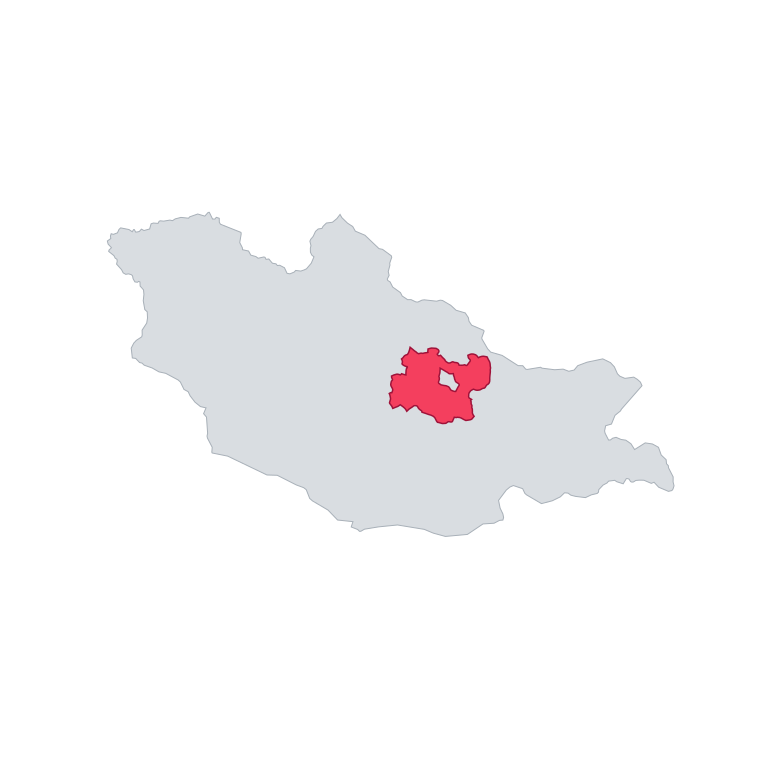 Töv highlighted on a map of Mongolia, rotated 18°
{"feature_id": "MNG-3329", "entity_name": "Töv", "entity_type": "Province", "adm_level": 1, "iso_a3": "MNG", "parent_name": "Mongolia", "parent_adm1": "", "projection": "mercator", "projection_center": [106.662, 47.753], "detail": "fine", "context": "in_parent", "style": "filled", "palette": "rose", "viewbox_px": 768, "rotation_deg": 18, "n_neighbors": 0, "source": "natural_earth", "source_scale": "10m", "svg_char_len": 8682}
<svg xmlns="http://www.w3.org/2000/svg" viewBox="0 0 768 768"><g transform="rotate(18 384 384)"><path d="M78.1,325.4L80.4,325.3L83.8,322.6L84.2,318.9L85.3,316.9L93.7,315.9L97.5,317.0L98.1,314.6L98.8,314.3L100.9,316.3L102.8,315.4L104.2,314.5L105.4,311.7L108.3,312.2L113.2,309.0L113.0,303.6L114.9,302.2L119.4,301.1L119.9,298.6L120.9,297.9L124.1,297.2L129.7,294.3L132.4,294.0L134.4,291.5L139.4,288.3L146.9,286.7L147.5,285.1L154.3,279.9L161.7,279.7L163.7,275.2L164.8,274.7L170.0,280.1L172.2,279.4L173.0,277.3L176.1,277.3L177.4,281.1L179.1,282.6L201.1,284.0L201.8,285.4L203.1,294.1L207.1,298.1L208.0,300.0L214.1,299.4L217.5,302.6L222.8,302.4L225.4,303.3L230.5,300.3L231.7,300.3L233.3,301.9L235.8,300.7L240.5,303.6L244.2,303.1L246.0,304.3L248.1,303.3L253.4,304.2L257.6,308.7L260.5,308.3L264.0,305.3L264.9,303.3L270.0,302.3L272.8,300.2L274.7,298.4L277.5,291.6L278.1,284.7L275.5,283.7L273.3,281.4L272.0,277.6L271.8,275.0L269.4,271.1L269.6,269.0L271.0,265.6L271.7,260.0L273.5,256.9L276.9,255.2L277.3,252.9L279.5,248.7L285.0,246.1L288.1,241.2L289.8,236.3L292.5,238.8L299.6,242.3L305.6,243.9L309.5,247.5L319.9,248.4L337.4,256.8L341.0,256.4L351.3,259.8L352.2,261.1L352.1,267.3L352.9,269.1L353.3,275.8L355.3,279.1L354.7,283.2L355.6,284.4L358.2,285.0L362.3,289.1L371.4,292.0L374.1,294.7L380.4,296.5L383.7,295.4L388.9,296.1L390.9,295.6L394.2,292.5L396.3,291.5L408.4,289.0L411.6,286.9L413.9,286.5L423.3,288.6L429.8,291.6L439.3,291.3L443.7,294.8L445.5,298.1L449.2,301.0L462.3,302.2L462.9,302.9L462.7,309.8L463.2,310.9L471.7,318.5L475.6,320.7L487.5,320.3L505.9,325.1L510.3,323.7L514.2,326.1L515.7,325.9L527.7,319.7L529.4,320.1L541.9,317.7L549.8,314.5L555.8,314.8L560.5,312.0L562.6,306.7L570.4,300.5L584.3,292.5L592.8,293.7L597.8,296.5L602.9,302.2L605.9,303.7L611.4,304.2L619.4,300.3L623.5,301.3L627.3,303.0L629.9,305.9L617.5,334.8L617.3,336.4L613.4,342.4L612.7,351.8L607.7,355.2L608.3,360.5L609.5,362.5L614.9,367.9L616.7,367.2L618.2,364.9L621.2,363.0L626.6,363.5L631.3,362.7L637.3,364.5L642.6,368.9L650.6,359.3L657.8,358.1L664.6,359.4L669.6,365.9L675.7,368.8L677.3,372.5L679.7,373.9L680.4,375.7L687.7,383.0L689.2,387.8L691.3,391.2L691.3,394.7L690.7,396.4L687.7,398.2L677.2,397.3L671.2,394.0L668.9,395.9L660.9,395.2L656.4,396.6L653.3,397.9L651.5,400.1L650.1,400.7L648.7,400.6L646.4,398.7L644.3,398.8L643.7,399.2L642.3,405.0L635.5,405.0L633.2,404.3L627.6,407.0L626.7,409.2L623.6,412.4L620.9,418.1L621.4,420.6L620.6,422.2L615.5,425.3L610.7,429.8L600.8,431.7L596.1,432.0L592.7,430.9L589.3,431.7L586.6,436.8L580.1,443.1L570.7,449.1L553.9,445.4L551.8,444.5L548.2,440.7L538.4,440.6L535.6,443.1L533.1,447.0L528.9,459.3L532.8,466.2L537.2,470.8L539.0,474.0L539.1,476.7L536.0,478.0L531.7,482.4L521.4,486.5L509.8,501.3L489.5,510.0L477.0,510.6L467.2,509.8L440.4,513.9L423.1,521.5L410.3,528.1L407.5,531.2L406.2,531.7L403.9,530.5L397.0,530.1L397.0,524.5L381.9,527.7L369.7,521.2L352.2,517.3L348.7,515.8L342.7,508.5L339.6,507.4L331.8,507.1L310.7,503.8L300.8,506.7L257.6,500.9L241.9,502.7L241.3,502.0L240.2,497.3L232.8,490.0L231.8,488.2L231.5,485.4L225.4,470.3L221.6,468.0L222.1,461.7L216.4,462.2L209.9,459.7L203.3,455.2L200.1,451.8L195.5,451.0L189.7,445.0L187.0,443.8L173.1,441.3L166.2,442.0L158.6,440.4L150.1,440.2L147.4,438.9L144.9,439.1L139.9,436.4L136.6,437.0L132.5,428.0L133.4,422.4L135.0,419.0L139.0,414.0L138.9,412.1L137.3,407.5L139.5,399.4L138.7,394.3L136.5,388.5L133.5,387.1L129.3,379.2L128.0,373.0L126.2,368.8L121.8,366.2L120.4,362.4L119.0,362.2L118.1,363.4L115.6,363.9L112.9,361.5L111.4,358.8L109.9,358.1L107.0,358.2L104.5,359.5L101.6,358.9L99.1,356.4L92.6,352.6L92.4,349.9L91.5,347.9L89.5,347.4L87.5,345.4L81.2,343.0L81.1,341.6L82.7,338.6L78.4,336.2L76.7,333.5L79.2,330.1L78.1,327.8L78.1,325.4Z" fill="#d9dde1" stroke="#a8b0b8" stroke-width="1"/><path d="M472.1,371.6L471.9,372.0L471.6,372.4L471.5,372.9L471.6,373.2L471.8,373.4L472.0,373.5L472.3,373.9L472.7,375.1L472.9,375.7L473.0,375.9L474.2,377.2L474.3,377.4L474.4,377.7L474.8,379.3L475.0,379.6L475.6,380.3L475.8,380.7L476.6,382.9L476.9,384.0L477.2,384.5L477.8,385.3L478.4,385.9L479.7,386.9L478.4,390.2L478.1,390.5L477.5,391.1L476.1,391.9L473.1,393.4L470.7,393.1L467.8,392.5L466.1,392.5L464.9,392.8L463.9,393.0L463.1,393.6L461.1,393.9L461.0,395.0L460.9,396.1L460.7,397.8L460.7,398.2L460.5,398.7L460.4,398.9L460.0,399.2L459.8,399.3L459.3,399.5L457.7,399.7L456.8,400.0L456.4,400.3L456.3,400.5L455.3,401.9L455.0,402.2L454.7,402.4L452.7,403.2L451.8,403.5L451.3,403.6L448.2,403.7L446.7,403.9L445.5,403.1L444.7,402.3L443.6,401.2L442.8,400.4L441.6,399.8L441.0,399.5L439.0,399.2L437.8,399.1L436.1,399.2L432.4,399.1L428.8,399.1L428.5,398.5L428.4,398.3L428.1,398.0L427.7,397.8L425.6,397.2L425.0,396.8L424.1,396.3L422.9,395.1L422.5,394.9L422.3,394.8L421.9,394.7L421.2,394.7L419.9,395.1L419.2,395.4L417.5,397.8L417.1,398.2L415.6,400.1L414.1,402.9L413.2,402.1L412.5,401.5L412.0,401.1L410.9,400.5L409.5,399.9L407.7,399.3L405.9,398.7L404.2,400.9L403.5,401.5L402.5,402.3L399.9,404.5L399.5,404.1L399.0,403.4L398.1,402.6L395.7,400.9L395.4,400.7L395.2,400.4L395.0,400.0L395.0,399.5L394.9,396.8L394.9,396.4L394.7,395.8L394.5,395.3L394.0,394.5L393.6,393.7L393.3,393.2L392.7,392.3L391.9,391.4L392.7,390.5L393.2,390.1L393.5,390.0L394.1,389.9L394.2,388.7L394.2,387.9L394.2,387.3L394.1,386.9L393.9,386.5L393.7,386.1L393.0,385.3L391.8,384.2L391.1,383.4L390.9,383.1L390.5,382.2L390.3,380.6L390.2,379.8L390.2,378.9L390.7,378.0L390.8,377.6L390.7,377.2L390.5,376.9L390.0,376.2L389.5,375.8L389.3,375.5L389.1,375.1L388.7,374.1L389.6,373.3L390.4,372.5L392.9,370.8L393.7,370.5L394.2,370.4L395.2,370.3L396.7,370.3L397.3,369.5L397.5,368.8L400.0,368.8L402.0,368.6L401.6,367.3L400.8,364.2L400.7,363.3L400.6,361.9L401.0,361.5L401.0,360.8L400.9,360.5L400.8,360.4L400.6,360.3L400.4,360.3L400.1,360.4L400.0,360.5L398.0,360.4L396.9,360.2L395.7,359.8L394.9,359.3L394.8,357.8L394.7,357.2L393.8,355.7L392.9,354.8L393.7,353.5L394.0,353.0L394.4,351.6L395.1,350.4L395.9,349.6L396.9,348.9L397.1,348.7L397.3,348.2L397.6,346.9L397.7,345.7L397.7,343.5L397.5,341.0L400.9,342.3L402.3,342.9L403.2,343.2L404.6,343.6L405.8,344.2L406.8,344.4L407.3,344.5L407.7,344.4L408.0,344.2L408.5,343.9L409.7,343.2L410.2,343.1L411.3,342.9L411.7,342.8L412.3,342.3L413.4,341.7L414.7,341.1L416.0,340.4L415.6,339.5L415.3,338.0L415.0,337.2L416.3,336.2L417.3,335.6L417.7,335.3L419.0,334.9L422.5,334.0L424.3,334.4L425.0,334.6L425.6,335.1L425.9,335.5L426.0,335.7L426.2,336.2L426.2,336.9L425.8,338.1L425.4,339.2L425.6,339.4L426.0,339.7L427.0,340.3L427.9,340.0L428.3,339.7L428.9,339.2L431.3,340.6L434.2,342.0L434.6,342.4L434.8,342.8L435.9,343.4L436.6,343.7L438.3,344.1L439.0,344.1L439.6,343.9L440.2,343.6L441.0,342.9L441.5,342.4L442.0,341.9L442.4,341.7L443.0,341.6L444.4,341.7L444.7,341.6L446.2,341.3L446.9,341.2L447.7,341.3L448.1,341.4L448.5,341.6L448.8,341.9L449.6,342.9L451.9,342.2L453.0,341.8L453.8,341.4L454.4,341.0L454.8,340.8L455.2,340.8L456.2,341.0L456.6,340.9L457.0,340.7L457.3,340.2L457.6,339.3L458.0,338.4L458.3,337.2L458.8,336.1L458.8,335.4L458.8,334.9L458.5,334.5L458.4,334.3L458.0,334.1L456.8,333.5L456.2,333.0L455.9,332.6L454.9,330.8L456.3,329.5L457.7,328.5L458.3,328.3L459.4,328.0L460.0,327.9L461.4,327.9L462.1,327.9L462.6,328.1L463.3,328.3L463.8,328.6L465.6,329.8L466.3,329.2L466.7,328.7L467.1,328.4L468.3,327.6L469.6,327.0L470.3,326.8L472.5,326.5L473.1,326.4L473.9,326.5L474.4,327.2L474.9,327.7L475.3,328.1L475.7,328.5L476.1,328.9L477.3,330.0L478.0,330.9L478.7,332.1L479.5,334.1L480.2,335.4L480.4,335.9L480.6,337.4L480.7,337.8L481.1,338.8L481.4,339.7L482.1,343.1L482.5,344.8L482.8,345.9L483.3,347.3L483.7,349.0L483.7,349.7L483.7,350.5L483.3,351.4L483.0,352.1L482.8,352.3L482.4,352.6L482.0,353.3L481.6,354.4L481.3,355.8L481.0,356.5L480.8,356.8L480.6,356.9L479.9,357.3L479.6,357.5L478.9,358.0L477.8,359.2L477.0,360.0L476.6,360.2L475.8,360.6L475.4,360.8L474.4,361.2L473.2,361.4L470.6,361.3L469.3,362.7L468.7,363.4L468.4,363.9L468.0,365.1L467.7,366.1L467.7,366.8L467.7,367.4L468.1,368.6L468.3,369.7L468.9,370.6L469.2,370.9L469.7,371.1L472.1,371.6ZM442.5,354.0L442.1,353.9L441.0,353.4L440.5,353.3L438.9,353.0L436.9,352.5L437.0,352.5L432.5,351.6L432.9,352.9L433.2,354.2L433.7,356.2L433.9,359.9L434.4,360.5L434.6,361.0L435.0,361.8L435.2,362.8L435.2,365.0L435.3,365.5L435.5,366.0L436.1,366.5L437.7,366.9L438.4,367.2L441.2,366.9L443.4,366.5L443.9,366.5L445.4,366.6L446.2,366.7L446.9,367.0L447.6,367.5L449.0,368.8L449.5,369.0L450.1,369.2L451.2,369.3L452.7,369.3L453.6,369.2L454.5,368.9L454.6,368.2L455.1,365.5L455.3,364.2L455.8,362.3L455.8,361.8L455.7,361.4L455.4,361.0L454.9,360.7L453.7,360.3L452.4,360.0L451.9,359.8L451.5,359.6L451.1,359.3L450.8,358.9L450.3,358.2L449.7,357.6L448.6,355.6L447.6,354.5L447.2,353.7L446.7,352.7L444.8,353.5L443.2,354.0L442.5,354.0Z" fill="#f43f5e" stroke="#9f1239" stroke-width="1.5"/></g></svg>